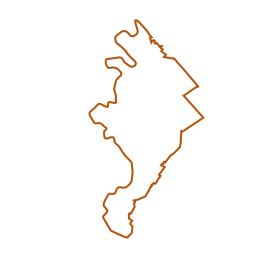 outline of Briseñas, Michoacán, Mexico, rotated 302°
{"feature_id": "50627088B59438418700927", "entity_name": "Briseñas", "entity_type": "district", "adm_level": 2, "iso_a3": "MEX", "parent_name": "Mexico", "parent_adm1": "Michoacán", "projection": "equal_earth", "projection_center": [-102.591, 20.243], "detail": "fine", "context": "isolated", "style": "outline", "palette": "amber", "viewbox_px": 256, "rotation_deg": 302, "n_neighbors": 0, "source": "geoboundaries", "source_scale": "gbopen_adm2", "svg_char_len": 5818}
<svg xmlns="http://www.w3.org/2000/svg" viewBox="0 0 256 256"><g transform="rotate(302 128 128)"><path d="M119.4,88.0L118.9,88.5L118.4,89.1L117.9,90.1L115.7,94.2L114.9,95.7L114.6,96.7L114.6,97.1L114.6,97.6L114.8,98.1L115.1,98.5L115.9,99.5L116.5,100.3L116.8,100.9L117.1,101.5L117.3,102.1L117.4,103.1L117.4,103.5L117.2,104.2L116.9,105.9L116.7,106.7L116.6,108.8L116.5,109.2L116.4,109.6L116.2,110.0L115.8,110.2L115.3,110.3L114.7,110.1L114.2,109.9L113.7,109.8L112.7,109.7L112.2,109.7L111.8,109.8L111.4,110.0L110.7,110.6L109.6,111.4L108.0,112.7L107.6,113.2L107.5,113.4L107.4,113.7L107.3,114.0L107.4,114.6L107.6,115.1L107.9,115.8L108.5,116.4L109.7,117.3L110.3,117.7L110.9,118.2L111.6,119.1L111.9,119.6L112.1,120.0L112.2,120.5L112.1,120.9L112.0,121.4L111.7,121.8L111.4,122.2L111.0,122.5L110.6,122.9L110.2,123.1L109.8,123.4L109.5,123.8L109.1,124.1L108.9,124.5L108.7,124.7L108.5,125.2L108.4,125.5L108.3,125.9L108.2,126.7L108.0,127.7L107.8,129.0L107.5,130.1L107.3,130.6L107.1,131.3L106.3,132.8L105.2,135.0L104.0,137.7L103.2,139.8L102.8,141.2L102.4,143.0L101.4,146.9L101.1,148.0L100.7,148.9L100.3,149.6L99.9,150.0L97.9,151.5L95.7,153.3L94.6,154.1L93.6,154.8L92.4,155.6L90.9,156.3L89.5,157.0L86.6,158.4L85.6,158.8L84.4,159.2L83.7,159.3L82.9,159.3L82.1,159.3L81.1,159.1L79.2,158.6L77.4,158.0L76.0,157.2L75.5,156.6L75.0,155.9L74.6,155.3L74.3,154.4L74.1,153.7L73.8,153.0L73.4,152.4L72.8,151.7L72.4,151.4L71.9,151.2L71.4,151.0L70.9,150.9L70.1,150.9L69.1,151.0L68.3,151.1L67.6,151.3L66.8,151.5L66.2,151.5L65.7,151.5L65.3,151.3L64.9,151.0L64.5,150.6L64.2,150.2L63.9,149.7L63.6,149.2L63.3,148.6L63.0,148.1L62.7,147.5L62.3,147.2L61.9,147.0L61.5,146.8L61.1,146.7L60.6,146.6L60.0,146.6L59.3,146.7L56.7,146.8L55.4,146.8L53.8,147.0L52.0,147.3L51.4,147.4L50.8,147.6L50.3,147.8L49.8,148.2L49.4,148.5L49.2,148.7L49.0,149.1L48.6,150.1L48.2,151.5L47.9,152.4L47.6,153.1L47.4,153.7L47.0,154.1L46.6,154.4L45.9,154.8L45.3,154.7L44.1,154.5L40.6,153.9L39.4,153.9L38.4,155.2L36.0,160.0L35.2,161.4L33.0,165.6L32.0,167.8L31.9,167.9L32.2,171.0L32.4,172.3L32.9,177.1L33.1,177.1L33.6,181.8L34.8,185.7L36.6,185.8L39.4,186.5L41.0,186.8L41.8,186.5L43.4,185.7L44.7,185.1L46.5,184.1L46.9,183.8L47.3,182.6L47.6,181.4L47.9,180.6L49.4,180.6L51.6,180.6L51.6,178.5L51.7,176.9L54.8,174.6L56.4,174.5L56.6,174.5L56.6,175.8L58.8,175.8L63.4,175.5L64.5,175.5L65.6,174.5L67.0,173.3L67.8,172.9L67.8,173.3L70.1,172.9L70.0,171.7L70.2,171.9L72.2,174.1L78.9,178.8L79.3,178.9L81.6,179.0L85.9,178.8L88.3,178.5L90.3,178.3L90.4,178.8L92.7,178.8L92.7,178.3L95.0,179.1L95.2,180.7L97.5,180.8L99.8,180.8L101.3,180.7L102.2,180.9L104.6,181.0L104.5,179.4L104.9,179.1L106.7,179.2L114.4,179.9L113.9,175.7L115.9,175.9L116.2,176.9L118.5,176.6L118.6,177.9L120.8,178.0L125.3,178.5L127.6,178.7L130.0,180.0L139.3,182.3L139.8,182.0L145.4,179.6L145.6,179.5L145.6,179.2L146.4,178.8L146.7,178.6L146.8,178.6L152.3,175.6L153.6,174.9L153.6,175.9L153.7,176.0L155.8,177.0L162.4,179.9L163.4,180.4L165.2,181.2L171.8,184.3L172.8,184.7L174.7,185.5L176.6,186.4L177.4,183.9L179.3,177.3L180.7,172.5L181.4,170.2L182.0,168.0L184.1,160.9L184.9,158.0L185.6,158.4L193.9,162.0L197.7,163.7L198.4,164.2L199.9,165.1L200.1,165.2L200.3,165.4L200.5,164.8L202.0,160.8L203.1,156.9L203.2,156.7L204.2,153.4L205.0,151.1L205.8,148.6L206.6,146.1L208.2,140.9L209.1,137.5L209.8,135.1L210.7,132.7L211.4,129.9L210.8,129.7L207.3,120.9L210.3,121.3L210.8,115.5L213.1,115.8L213.3,113.0L215.3,113.3L214.1,111.3L213.9,111.2L215.4,107.5L214.2,106.7L214.1,106.2L214.2,105.5L214.6,105.6L216.1,104.5L216.3,104.2L216.0,103.1L214.9,102.8L214.8,102.6L214.7,102.5L212.9,102.5L213.1,102.3L216.0,99.0L217.4,100.1L218.5,96.3L219.0,95.7L220.3,93.0L221.3,89.6L222.0,87.2L223.7,81.1L223.7,80.6L223.5,79.8L224.0,79.3L224.1,78.8L223.2,77.5L222.9,77.2L222.1,77.9L220.9,78.8L220.1,79.7L219.4,80.4L218.5,81.5L217.3,82.9L216.4,83.9L215.6,84.6L214.8,85.2L214.1,85.5L213.4,85.6L212.4,85.6L211.5,85.3L210.7,85.1L209.4,84.3L208.9,84.0L208.4,83.4L207.9,82.7L207.6,82.2L207.5,81.6L207.6,81.0L207.9,79.8L208.6,78.1L208.7,77.5L208.9,76.6L208.9,76.0L208.9,75.3L208.7,74.7L208.4,74.0L207.9,73.0L207.5,72.5L207.1,72.0L206.6,71.7L205.8,71.3L203.8,70.7L201.8,69.9L200.0,69.3L199.4,69.2L198.3,69.2L197.9,69.3L197.4,69.5L196.8,70.0L196.1,70.7L195.4,71.4L194.8,72.0L194.4,72.7L193.9,73.7L193.8,74.3L193.9,75.3L193.8,76.6L193.6,77.9L193.3,79.8L192.3,84.5L191.6,86.3L190.7,88.3L190.0,90.4L189.5,92.4L189.1,94.4L188.7,96.7L188.4,98.1L188.1,98.8L187.7,99.5L187.4,100.1L186.5,100.6L185.8,100.7L184.7,100.8L183.9,100.5L182.9,99.8L182.4,99.4L181.6,98.3L181.4,97.4L181.4,96.2L181.7,92.3L181.7,91.5L181.8,90.6L182.0,89.8L182.2,89.4L182.8,88.5L183.4,87.3L183.7,86.4L183.9,85.9L183.9,85.2L183.9,84.5L183.7,83.9L183.5,83.5L182.1,81.9L181.7,81.3L181.2,80.6L180.6,80.0L178.6,77.7L177.9,76.8L177.3,76.1L176.8,75.4L176.3,74.7L175.9,74.3L175.5,73.9L175.1,73.5L174.7,73.3L174.3,73.2L174.0,73.2L173.4,73.3L171.8,74.4L170.8,75.3L169.4,77.1L169.0,77.8L168.7,78.7L168.6,79.1L168.6,79.6L168.8,80.0L170.3,81.7L171.2,83.0L171.9,84.1L172.2,85.0L172.5,85.9L172.6,86.7L172.5,88.0L172.4,89.1L172.2,90.1L171.8,91.3L171.5,92.2L171.0,93.0L170.3,93.7L169.6,94.0L168.8,94.0L167.8,93.8L165.0,93.1L163.9,92.8L163.1,92.8L162.2,92.8L161.3,93.0L160.2,93.3L156.1,94.7L155.3,95.0L154.5,95.3L153.7,95.8L153.0,96.3L152.2,97.0L151.3,98.1L150.6,99.0L149.8,99.8L149.0,100.5L147.7,101.4L146.6,102.0L145.7,102.6L144.9,103.3L144.0,103.9L143.5,104.2L143.1,104.3L142.8,104.2L142.3,103.5L141.9,102.8L141.0,100.5L140.5,99.2L140.0,98.4L139.6,98.0L139.1,97.9L138.5,98.0L137.9,98.3L137.0,99.0L136.1,99.4L135.7,99.6L135.3,99.5L134.9,99.1L134.5,98.4L134.3,97.4L134.1,96.3L134.1,95.1L133.9,92.6L133.8,91.8L133.5,91.2L133.2,90.7L132.8,90.4L132.2,90.2L131.5,89.9L128.9,89.4L127.6,89.1L126.6,88.9L125.7,88.6L124.5,88.1L123.2,87.8L122.2,87.5L121.4,87.4L120.7,87.4L120.1,87.6L119.4,88.0Z" fill="none" stroke="#b45309" stroke-width="2"/></g></svg>